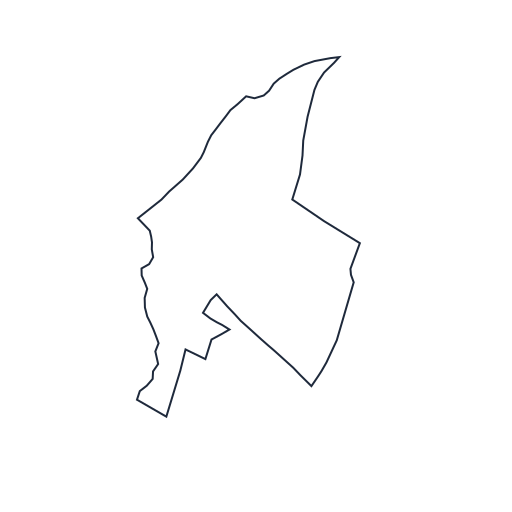 the district of Embakasi West, Nairobi, Kenya, rotated 327°
{"feature_id": "3690345B73871814801291", "entity_name": "Embakasi West", "entity_type": "district", "adm_level": 2, "iso_a3": "KEN", "parent_name": "Kenya", "parent_adm1": "Nairobi", "projection": "albers", "projection_center": [36.887, -1.273], "detail": "fine", "context": "isolated", "style": "outline", "palette": "slate", "viewbox_px": 512, "rotation_deg": 327, "n_neighbors": 0, "source": "geoboundaries", "source_scale": "gbopen_adm2", "svg_char_len": 1266}
<svg xmlns="http://www.w3.org/2000/svg" viewBox="0 0 512 512"><g transform="rotate(327 256 256)"><path d="M434.1,134.5L426.2,130.6L411.2,124.4L400.6,121.7L388.8,120.2L380.8,120.0L372.2,120.0L364.7,121.1L357.0,124.5L349.9,125.6L340.7,122.9L334.7,116.7L323.5,118.6L314.0,119.7L307.0,122.3L298.3,125.3L290.6,128.1L284.3,130.3L277.9,134.0L268.7,140.5L263.2,143.7L250.9,148.2L236.2,152.0L218.4,154.6L207.4,157.2L177.5,160.0L180.7,176.9L178.6,182.7L176.2,187.9L172.2,193.7L169.1,201.0L162.0,204.6L153.2,204.1L149.5,210.1L148.2,218.0L146.9,224.3L139.8,230.5L134.8,238.7L131.8,247.6L131.1,254.2L130.0,261.6L128.5,268.7L126.8,276.1L119.6,281.2L115.1,293.3L106.8,296.7L102.4,302.8L93.7,305.3L85.0,306.0L77.9,311.7L93.3,341.9L130.0,311.0L146.0,296.0L157.4,314.9L173.2,301.8L184.0,302.7L193.7,303.2L190.0,295.3L187.1,290.3L183.7,283.5L180.6,274.8L194.0,268.3L202.1,266.7L204.4,282.3L206.4,292.9L207.9,302.1L210.7,312.4L215.0,328.7L217.6,338.0L219.6,344.7L226.4,370.1L228.2,379.7L231.6,395.3L242.6,390.7L248.2,388.2L257.0,383.7L277.8,370.7L323.6,331.3L325.4,323.5L328.2,318.2L350.1,301.8L332.1,263.9L317.2,228.4L337.3,211.6L349.7,197.1L358.5,184.9L375.2,167.2L395.5,148.5L402.7,143.6L413.0,139.2L426.7,136.5L434.1,134.5Z" fill="none" stroke="#1e293b" stroke-width="2"/></g></svg>